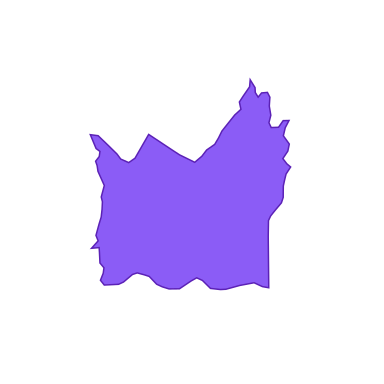 Casinhas, Pernambuco, Brazil (Natural Earth projection), rotated 213°
{"feature_id": "56859067B79988983396987", "entity_name": "Casinhas", "entity_type": "district", "adm_level": 2, "iso_a3": "BRA", "parent_name": "Brazil", "parent_adm1": "Pernambuco", "projection": "natural_earth1", "projection_center": [-35.716, -7.762], "detail": "fine", "context": "isolated", "style": "filled", "palette": "violet", "viewbox_px": 384, "rotation_deg": 213, "n_neighbors": 0, "source": "geoboundaries", "source_scale": "gbopen_adm2", "svg_char_len": 1301}
<svg xmlns="http://www.w3.org/2000/svg" viewBox="0 0 384 384"><g transform="rotate(213 192 192)"><path d="M75.5,153.5L103.9,196.3L112.3,209.7L113.0,214.8L112.3,222.0L111.1,231.6L112.6,237.2L116.0,242.5L118.7,246.8L120.9,252.6L122.9,258.3L122.9,266.7L127.8,267.3L134.0,269.5L133.9,278.5L136.5,285.2L146.0,288.9L148.8,296.7L149.6,304.8L154.4,301.5L154.7,293.4L160.7,289.2L165.2,292.0L167.7,299.3L174.0,306.2L178.3,313.9L183.0,316.6L187.6,313.0L188.2,307.6L193.1,309.9L196.0,313.9L204.3,317.8L201.0,311.6L201.3,300.1L201.3,293.3L196.0,288.0L198.1,279.9L199.2,268.7L200.1,259.4L199.2,251.8L198.9,244.3L202.6,235.2L203.2,227.4L205.9,218.4L222.6,216.4L229.4,216.4L259.7,216.7L258.2,189.3L261.1,182.2L269.7,180.8L275.6,183.0L287.9,185.5L301.4,188.1L308.5,184.7L296.1,176.2L291.3,175.9L289.1,171.2L289.6,165.3L286.0,162.5L282.1,158.1L269.1,149.7L265.4,138.4L261.8,135.0L257.9,128.3L254.5,121.5L252.4,114.2L248.9,103.3L244.1,99.9L245.6,90.1L239.6,94.8L236.7,90.9L230.5,82.3L224.6,80.5L222.2,75.5L220.7,68.1L214.9,66.2L203.3,74.6L200.4,79.2L197.0,90.4L193.9,94.3L187.1,96.5L181.9,97.9L171.4,95.4L165.2,96.3L158.5,98.2L149.8,104.0L144.2,117.1L141.3,122.6L135.1,123.5L124.0,121.2L115.0,125.7L110.6,128.9L101.0,139.7L90.5,149.7L81.4,151.0L75.5,153.5Z" fill="#8b5cf6" stroke="#5b21b6" stroke-width="1.5"/></g></svg>